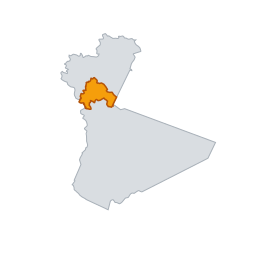 Ségou on a map of Mali (Robinson projection), rotated 116°
{"feature_id": "MLI-2810", "entity_name": "Ségou", "entity_type": "Region", "adm_level": 1, "iso_a3": "MLI", "parent_name": "Mali", "parent_adm1": "", "projection": "robinson", "projection_center": [-5.293, 14.054], "detail": "fine", "context": "in_parent", "style": "filled", "palette": "amber", "viewbox_px": 256, "rotation_deg": 116, "n_neighbors": 0, "source": "natural_earth", "source_scale": "10m", "svg_char_len": 6094}
<svg xmlns="http://www.w3.org/2000/svg" viewBox="0 0 256 256"><g transform="rotate(116 128 128)"><path d="M54.2,187.2L54.3,186.3L53.6,185.7L53.6,185.4L54.0,182.9L53.9,182.3L54.2,181.0L53.8,180.4L53.7,180.0L52.7,178.4L52.3,177.0L51.8,176.1L50.6,175.8L50.1,176.6L49.8,176.7L49.4,176.2L49.2,175.7L49.2,175.2L47.6,173.1L47.7,171.9L48.3,171.3L48.6,170.3L48.0,169.2L48.1,168.1L48.0,166.5L47.1,165.2L46.5,164.6L45.9,163.6L46.4,161.5L45.4,159.6L47.2,160.3L48.0,159.7L48.8,158.7L49.5,157.5L49.9,155.9L50.0,154.6L50.7,152.6L51.6,151.6L53.3,150.1L53.8,150.3L56.6,153.3L58.2,154.9L58.8,155.7L59.3,155.7L60.2,154.2L61.0,152.9L61.4,152.6L64.2,152.4L65.7,152.7L67.0,153.0L68.9,153.1L73.9,152.2L73.9,151.6L73.9,150.8L74.1,150.3L74.5,149.8L74.8,149.7L75.0,151.4L75.4,151.7L76.6,151.7L113.2,151.7L114.8,142.7L112.1,139.5L102.6,43.0L120.1,42.9L123.1,45.1L179.3,87.5L179.6,88.9L179.5,90.8L180.0,91.4L180.8,92.0L184.0,93.8L184.2,94.2L184.3,94.9L184.7,95.8L185.4,96.4L186.2,96.8L187.2,97.0L190.1,97.3L190.7,97.8L191.9,99.4L192.6,99.8L196.5,100.7L197.8,101.1L199.2,101.9L199.9,102.6L199.9,105.2L200.5,106.9L200.5,107.3L199.8,108.0L199.7,108.5L199.0,109.9L199.2,110.4L200.5,111.5L201.2,111.7L202.0,111.7L210.2,110.0L210.6,134.6L210.3,134.9L210.1,139.3L209.5,141.9L208.5,143.8L207.8,146.6L207.5,147.2L207.2,148.8L206.6,149.7L205.5,150.1L203.6,151.9L203.5,153.3L199.0,152.5L198.7,152.6L198.6,152.8L198.5,153.5L187.0,154.0L181.4,154.3L177.9,157.6L175.7,157.9L172.8,157.7L171.3,157.7L170.7,157.8L170.6,158.4L166.1,156.7L164.4,157.3L164.1,157.1L163.9,156.7L163.1,156.5L161.8,156.6L160.8,156.9L157.9,159.5L156.4,160.2L153.5,161.7L151.5,163.1L150.8,163.3L149.6,163.4L148.7,163.7L147.9,166.7L147.3,167.0L143.9,165.7L143.2,165.9L142.6,166.3L140.6,168.0L139.7,169.4L139.2,171.3L139.3,172.6L138.9,172.9L138.0,173.0L136.4,172.6L135.9,172.8L135.7,173.7L135.8,175.7L135.4,177.1L134.5,177.5L133.7,178.1L133.2,178.2L132.7,178.1L129.9,176.1L128.9,175.7L127.9,176.0L126.9,176.8L125.1,179.0L125.3,179.7L125.8,180.6L126.2,181.7L126.1,182.7L123.6,184.1L124.2,185.1L124.1,187.9L122.9,189.2L122.5,190.0L121.4,190.9L120.4,191.4L117.3,192.2L116.1,193.0L115.5,193.8L115.3,194.5L115.5,195.4L116.1,197.3L115.9,198.9L115.4,200.9L114.9,201.7L113.5,202.8L113.7,204.0L113.8,205.9L113.6,208.2L113.1,209.8L112.8,209.7L111.4,209.7L109.9,210.2L109.4,210.6L109.2,211.2L108.0,212.5L107.1,212.4L106.3,212.0L105.9,211.7L106.4,210.5L106.4,210.1L105.9,208.3L106.0,207.9L105.8,206.5L105.7,206.4L104.0,207.0L104.0,207.3L104.2,208.1L104.1,208.3L103.5,208.3L102.6,208.0L101.7,207.2L101.5,207.4L101.4,208.1L101.4,208.8L101.6,210.2L101.3,210.7L99.9,210.6L98.8,210.8L98.5,211.3L98.3,211.8L98.6,212.4L98.6,212.7L98.1,213.1L97.8,213.0L97.2,212.4L94.6,211.7L94.4,210.8L94.1,210.8L93.2,209.7L92.9,209.7L92.6,209.9L91.6,209.8L90.7,210.8L90.1,212.0L89.3,212.6L88.3,212.8L88.4,212.1L88.1,211.0L85.9,209.7L85.5,209.1L84.9,206.1L85.0,205.2L85.1,204.4L85.1,203.8L84.8,203.3L84.1,202.9L83.4,202.7L82.5,203.3L82.1,203.4L81.7,203.3L81.5,203.1L81.5,202.8L82.5,201.2L83.0,200.5L83.9,199.8L84.2,199.4L84.2,199.0L84.1,198.8L83.5,198.5L82.5,197.8L82.0,197.7L81.5,197.3L81.1,196.2L80.9,195.9L80.4,195.8L80.0,195.5L80.0,192.7L79.1,190.5L78.2,187.8L77.8,187.2L77.0,186.6L76.0,186.3L75.2,186.2L74.2,186.5L74.8,187.6L74.9,188.1L74.8,188.5L74.6,188.9L73.3,189.2L71.6,190.1L71.0,191.3L70.6,191.4L69.9,191.3L65.4,189.4L63.5,190.2L62.2,191.9L61.9,192.5L61.3,192.9L61.0,192.9L60.7,192.6L59.3,190.0L58.8,189.4L58.1,189.4L57.4,189.8L56.8,190.7L56.0,191.5L55.5,191.7L55.0,191.6L53.2,189.9L53.1,189.5L53.9,187.5L54.2,187.2Z" fill="#d9dde1" stroke="#a8b0b8" stroke-width="1"/><path d="M128.8,174.7L128.7,174.7L128.4,174.8L128.5,174.9L128.7,175.0L128.4,175.3L128.2,175.3L128.0,175.6L127.9,175.7L127.6,175.7L127.5,175.8L127.4,176.0L127.1,176.6L126.9,176.9L126.7,177.1L126.4,177.2L126.2,177.3L126.0,177.5L125.9,177.7L125.8,177.9L125.9,178.0L126.1,178.1L126.1,178.3L125.9,178.4L125.3,178.3L125.1,178.4L125.0,178.8L124.9,178.9L124.9,179.0L125.2,179.5L125.5,180.2L125.6,180.4L125.9,180.7L126.1,180.9L126.2,181.2L126.2,181.9L126.3,182.4L126.3,182.5L126.1,183.3L125.8,183.5L125.6,183.6L125.4,183.6L125.0,183.4L124.7,183.3L124.4,183.4L124.0,183.4L123.8,183.6L123.6,183.5L122.7,183.5L122.3,183.7L122.1,183.1L121.5,183.3L120.8,184.2L120.6,184.7L120.3,184.8L119.0,185.0L117.7,185.2L117.4,184.9L117.4,184.2L117.1,183.7L116.9,183.3L115.9,182.7L115.7,182.7L115.4,182.9L114.6,184.0L114.3,184.7L114.0,184.8L113.4,184.2L113.3,183.6L113.0,183.4L112.7,182.5L112.6,182.4L110.9,183.4L109.4,184.3L108.9,184.3L108.6,184.1L108.3,184.5L106.2,184.9L105.7,185.4L105.2,185.2L104.8,185.0L104.6,184.3L104.4,183.8L104.1,183.8L103.6,184.0L103.4,183.9L103.2,183.0L102.5,182.7L102.1,182.5L101.3,182.6L100.2,182.8L99.8,183.0L99.5,183.0L99.4,182.8L99.5,182.0L99.4,181.4L99.2,181.2L98.7,181.1L98.1,181.0L97.6,180.3L97.5,180.2L97.6,179.8L98.0,179.3L98.1,178.7L98.1,178.3L98.4,177.5L98.6,176.9L99.1,176.4L99.6,176.2L100.6,176.1L100.9,175.9L101.1,175.2L100.7,174.7L100.6,174.3L100.5,173.2L99.9,172.4L99.3,171.8L99.2,171.0L99.3,168.9L100.8,165.8L101.2,165.2L102.0,164.0L102.2,163.5L102.5,163.4L103.8,163.8L104.1,163.6L104.3,163.1L104.5,162.7L104.5,162.0L104.3,161.3L104.0,159.9L103.5,159.2L102.9,158.1L103.1,157.5L104.0,156.1L104.3,155.5L105.0,153.1L105.2,151.8L106.1,151.8L107.5,151.8L108.3,151.8L109.0,151.8L109.7,151.8L110.3,151.8L111.6,151.8L113.2,151.8L113.3,151.8L113.3,151.7L114.8,151.1L114.9,151.7L116.0,151.8L116.3,151.9L116.5,152.0L116.8,153.4L117.4,155.2L117.0,155.8L116.3,157.2L115.6,157.7L114.9,157.7L113.3,158.2L112.9,158.2L112.6,159.2L112.3,160.1L112.3,160.6L112.4,161.0L112.2,161.3L112.1,162.1L111.7,162.5L111.7,162.8L113.2,163.9L115.0,165.0L115.5,165.5L116.5,166.9L116.2,168.5L116.3,169.0L117.1,169.4L117.9,169.5L119.4,169.2L119.8,169.2L120.0,169.7L119.8,170.3L119.6,170.6L119.5,170.9L119.8,171.4L119.6,172.4L119.6,173.0L119.8,173.6L120.4,173.2L120.7,173.1L121.0,173.2L121.6,173.1L121.9,173.4L122.4,173.7L123.3,173.2L124.0,173.0L124.5,172.9L124.7,172.4L125.6,170.8L126.7,169.8L127.3,169.6L127.5,169.7L128.0,170.7L128.3,172.3L128.8,173.5L128.8,174.6L128.8,174.7Z" fill="#f59e0b" stroke="#b45309" stroke-width="1.5"/></g></svg>